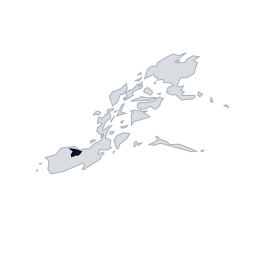 Philippines, with Quirino highlighted, rotated 247°
{"feature_id": "PHL-2554", "entity_name": "Quirino", "entity_type": "Province", "adm_level": 1, "iso_a3": "PHL", "parent_name": "Philippines", "parent_adm1": "", "projection": "equal_earth", "projection_center": [121.517, 16.288], "detail": "fine", "context": "in_parent", "style": "filled", "palette": "ink", "viewbox_px": 256, "rotation_deg": 247, "n_neighbors": 0, "source": "natural_earth", "source_scale": "10m", "svg_char_len": 4115}
<svg xmlns="http://www.w3.org/2000/svg" viewBox="0 0 256 256"><g transform="rotate(247 128 128)"><path d="M121.0,38.0L128.7,42.4L133.0,40.2L131.8,51.2L135.6,58.7L131.7,71.8L126.1,75.4L126.2,79.0L124.0,83.9L127.1,92.1L126.4,94.3L127.9,100.1L132.5,103.4L132.4,100.4L136.8,98.0L140.0,99.8L141.8,105.9L143.8,104.7L144.1,101.6L149.3,104.7L149.2,106.3L146.5,107.4L149.3,112.7L149.0,114.9L152.7,116.0L151.9,122.6L150.0,120.9L150.7,117.7L144.0,115.9L142.5,110.3L136.5,103.7L135.2,104.0L137.3,110.9L136.6,113.8L134.2,109.2L128.0,103.3L123.4,107.4L118.2,104.1L116.1,105.2L115.9,99.8L119.3,93.4L115.5,90.1L115.6,95.7L114.0,96.1L112.1,91.3L110.3,90.5L107.1,70.9L107.7,69.9L111.2,73.8L113.3,72.9L113.3,51.6L115.8,39.5L121.0,38.0ZM166.8,162.3L174.5,169.1L175.7,173.7L173.9,178.7L176.3,180.3L177.3,184.3L178.7,197.9L174.6,203.5L174.6,211.2L170.7,196.7L169.3,197.7L166.0,205.8L168.2,209.0L169.1,215.9L165.7,221.3L164.5,214.6L161.3,217.4L152.3,209.9L151.3,201.5L153.6,195.8L147.9,189.8L146.1,189.9L145.0,195.6L141.9,191.4L139.2,193.9L138.7,191.1L136.8,190.6L131.9,202.1L130.0,201.8L129.6,198.6L132.9,188.0L139.9,185.0L141.4,181.0L145.5,177.2L149.8,181.0L149.3,186.5L153.5,183.9L155.7,178.7L159.1,179.2L160.5,173.4L163.4,174.9L164.1,172.6L167.2,172.8L166.8,162.3ZM144.2,169.1L140.8,172.2L139.5,168.5L136.3,166.2L134.5,161.3L135.3,159.4L139.3,157.6L138.9,151.7L140.6,146.3L143.5,144.8L146.2,145.8L146.8,147.8L142.6,160.8L144.2,169.1ZM164.2,123.1L167.4,127.9L166.9,136.3L169.5,144.0L164.3,142.6L162.2,139.9L160.9,136.8L161.7,133.9L155.9,128.4L154.3,122.6L164.2,123.1ZM129.4,132.6L139.1,136.3L139.7,138.5L142.5,137.1L142.1,140.6L138.4,147.2L129.8,152.6L131.4,135.6L129.4,132.6ZM92.8,169.4L80.0,182.0L81.4,177.1L101.2,152.1L102.0,145.1L104.7,140.3L104.4,145.4L106.0,151.8L100.8,158.0L96.5,160.0L92.8,169.4ZM113.6,109.2L122.0,110.4L125.3,114.6L125.5,121.6L122.3,127.5L119.0,123.4L116.2,114.1L112.9,110.7L113.6,109.2ZM157.3,139.9L161.1,139.4L162.1,141.7L162.0,147.7L164.7,154.5L163.4,156.2L161.7,153.6L162.1,158.4L159.6,156.5L159.6,147.8L158.3,145.2L156.0,145.8L154.8,137.1L157.3,139.9ZM144.8,166.6L144.9,159.3L151.7,140.8L151.4,153.2L148.2,157.0L144.8,166.6ZM157.6,161.9L152.7,164.5L150.7,164.2L149.4,161.4L154.9,156.6L157.4,158.5L157.6,161.9ZM143.3,122.4L151.7,131.1L151.8,134.1L145.8,127.5L142.5,131.6L143.3,122.4ZM154.9,107.6L153.0,109.0L151.6,107.2L153.5,101.3L155.5,104.2L154.9,107.6ZM133.8,207.0L129.9,209.7L128.6,206.2L131.0,205.1L133.8,207.0ZM108.2,126.4L111.8,127.5L112.7,130.4L109.5,130.5L108.2,126.4ZM129.4,108.9L131.5,110.0L130.4,113.6L128.5,111.9L129.4,108.9ZM120.2,214.2L124.1,216.5L118.5,216.3L120.2,214.2ZM169.1,160.1L167.1,157.2L168.9,152.6L168.7,155.4L169.1,160.1ZM131.8,121.4L130.5,129.1L129.5,125.9L130.3,122.1L131.8,121.4ZM111.0,225.1L111.2,227.4L107.3,228.9L111.0,225.1ZM130.6,88.3L130.5,91.8L129.6,93.2L128.6,87.9L130.6,88.3ZM137.7,148.4L136.0,152.8L136.0,150.2L137.7,148.4ZM109.7,131.8L108.8,134.9L107.9,131.2L109.7,131.8ZM157.7,137.7L156.4,137.8L155.1,135.3L156.6,135.0L157.7,137.7ZM136.6,123.7L136.6,126.6L134.7,124.2L136.6,123.7ZM174.2,161.7L172.3,161.1L173.2,158.0L174.2,161.7ZM141.2,114.9L144.6,120.7L140.3,115.0L141.2,114.9ZM109.4,150.8L107.1,152.4L107.8,149.8L109.4,150.8ZM147.8,169.1L147.3,171.5L146.1,170.3L147.8,169.1ZM148.2,122.0L148.9,125.4L147.3,121.1L148.2,122.0ZM78.5,188.8L77.3,188.7L77.6,186.5L78.5,186.2L78.5,188.8ZM159.9,171.0L158.4,171.1L158.3,169.8L159.1,169.6L159.9,171.0ZM170.3,201.9L169.2,200.4L169.5,198.8L170.3,199.5L170.3,201.9ZM111.6,105.0L112.3,106.9L110.5,104.6L111.6,105.0ZM164.3,157.2L164.9,159.8L163.3,156.6L164.3,157.2ZM130.1,33.3L128.4,34.9L129.7,32.5L130.1,33.3ZM132.1,101.8L129.8,100.2L129.9,99.2L132.1,101.8ZM124.0,27.1L125.4,28.9L123.8,27.7L124.0,27.1Z" fill="#d9dde1" stroke="#a8b0b8" stroke-width="1"/><path d="M130.7,67.3L128.9,70.5L128.3,71.4L124.5,75.5L123.4,73.4L123.2,72.9L123.1,72.5L122.9,70.8L122.9,70.7L124.2,69.8L124.3,69.6L124.3,69.3L124.4,68.8L124.2,68.8L123.9,68.7L123.7,68.6L123.6,68.4L123.6,68.2L124.0,65.3L124.3,65.5L124.7,65.6L125.0,65.6L125.5,65.6L125.8,65.9L127.6,68.8L127.8,68.9L130.7,67.3Z" fill="#0f172a" stroke="#020617" stroke-width="1.5"/></g></svg>